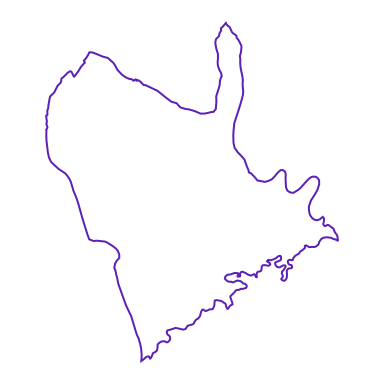 Kenethao, Xaignabouri, Laos (orthographic projection)
{"feature_id": "54806243B29120113935386", "entity_name": "Kenethao", "entity_type": "district", "adm_level": 2, "iso_a3": "LAO", "parent_name": "Laos", "parent_adm1": "Xaignabouri", "projection": "orthographic", "projection_center": [101.393, 17.858], "detail": "fine", "context": "isolated", "style": "outline", "palette": "violet", "viewbox_px": 384, "rotation_deg": 0, "n_neighbors": 0, "source": "geoboundaries", "source_scale": "gbopen_adm2", "svg_char_len": 5951}
<svg xmlns="http://www.w3.org/2000/svg" viewBox="0 0 384 384"><path d="M141.3,361.0L143.7,359.3L146.2,356.9L147.5,356.5L148.7,356.4L149.1,356.6L149.8,358.3L150.0,358.6L150.4,358.5L151.6,356.7L152.9,353.4L153.2,353.0L155.4,351.9L156.9,350.6L157.7,346.7L157.5,345.4L157.6,344.9L158.3,343.7L159.9,342.4L161.4,341.6L162.9,341.2L164.8,341.4L166.7,342.3L167.3,342.3L167.8,342.1L169.4,340.6L170.1,339.3L170.1,337.1L169.6,336.1L167.5,334.4L167.0,333.5L166.8,331.6L167.3,330.6L167.6,330.3L170.0,329.8L175.6,327.9L179.1,328.6L182.9,329.6L185.5,329.1L187.7,325.7L192.7,324.4L193.9,323.3L194.2,322.8L194.4,322.0L195.9,319.9L198.5,318.2L200.0,316.0L201.1,311.9L202.1,309.9L202.9,309.6L203.6,309.7L205.2,310.9L205.8,311.0L206.8,310.7L209.6,309.4L212.3,309.2L212.9,308.9L214.4,305.4L214.5,302.7L214.8,300.5L216.5,300.1L221.5,301.0L224.2,303.0L225.1,303.4L225.6,304.1L226.5,307.3L227.1,308.6L227.6,308.9L228.0,308.7L230.2,305.6L232.5,304.4L232.5,303.7L232.0,301.9L230.3,297.1L230.3,296.4L230.6,296.0L234.4,292.4L235.6,290.7L236.1,290.3L236.9,289.9L238.2,290.0L239.0,289.8L241.0,288.8L242.7,288.9L245.9,288.0L246.4,287.4L246.7,286.7L246.7,285.7L246.4,285.0L245.4,284.1L244.6,283.7L243.0,283.4L241.7,281.9L240.1,281.0L237.8,280.6L236.8,280.7L233.6,282.2L232.7,282.4L231.1,281.7L229.3,281.8L227.7,281.3L225.3,279.3L224.9,278.6L224.9,278.0L225.2,277.0L225.7,276.1L227.7,274.7L230.2,274.5L234.6,273.0L237.6,273.1L238.2,273.4L238.3,273.9L237.5,276.3L238.0,276.7L238.9,276.6L240.1,276.2L240.0,273.9L240.7,272.5L241.3,272.0L242.5,271.7L245.3,272.9L247.7,274.4L250.2,275.5L251.6,275.4L253.9,274.2L254.4,274.3L255.1,275.0L255.5,276.3L256.0,277.0L256.7,277.2L256.9,276.8L256.5,275.5L256.5,274.6L257.1,272.6L257.7,271.9L260.5,271.2L261.2,270.6L261.5,269.5L261.6,267.3L261.9,266.3L262.4,265.7L262.8,265.3L263.4,265.2L264.8,265.1L268.4,265.8L270.1,264.8L270.3,264.4L270.1,263.6L269.2,262.7L267.0,261.4L267.1,261.0L267.8,260.2L268.4,259.9L269.3,260.2L270.4,260.3L274.5,259.0L275.9,258.1L278.4,256.2L279.8,255.8L280.4,256.0L280.9,256.7L281.1,258.4L280.9,259.6L280.2,260.4L279.1,260.9L275.7,262.2L275.2,262.8L275.1,263.5L275.5,264.9L276.4,266.3L277.3,267.0L278.9,267.4L280.3,267.1L282.2,265.8L283.9,265.3L284.6,265.3L285.2,265.5L285.4,265.9L285.6,266.5L285.4,267.2L284.0,269.4L282.1,271.6L281.9,272.7L281.8,273.3L282.9,276.1L282.8,276.5L282.4,277.5L281.5,278.4L281.3,279.2L282.2,280.2L284.1,280.8L285.5,280.0L286.7,278.0L287.0,275.0L286.8,271.4L286.9,270.4L287.1,270.0L287.9,269.1L288.7,268.5L291.3,268.2L291.9,267.7L292.1,267.2L292.0,266.2L291.5,265.1L289.3,264.6L288.5,263.9L288.1,263.1L287.8,261.9L288.0,260.7L289.2,259.9L289.8,259.8L291.8,260.2L292.4,260.2L292.8,259.9L293.2,258.3L294.6,256.4L296.3,255.1L298.8,253.7L299.6,252.5L300.8,251.1L302.2,250.4L304.6,248.3L304.9,247.7L304.8,246.2L305.0,245.7L306.0,245.4L309.0,247.0L309.8,247.2L311.6,246.9L314.6,247.0L315.2,246.8L316.4,246.1L318.2,244.8L318.8,243.6L319.2,241.9L321.4,238.9L322.8,238.0L324.7,237.5L326.9,237.3L330.6,237.7L332.0,238.2L333.5,239.0L335.7,239.6L337.6,240.6L337.8,240.6L337.9,240.3L337.4,236.2L336.8,234.9L334.5,231.6L333.8,229.4L333.5,228.7L328.4,224.9L327.4,225.0L325.3,226.1L324.5,225.9L323.8,225.1L323.3,224.1L324.0,220.4L324.1,218.7L322.8,216.9L319.9,219.2L317.7,220.1L315.8,220.1L313.9,219.4L312.3,218.2L310.8,216.3L309.6,213.9L309.0,210.5L308.9,208.4L308.9,206.7L309.4,205.0L310.9,200.6L315.5,193.4L317.4,189.9L319.2,184.3L319.1,180.4L318.7,179.5L317.5,178.0L316.8,177.4L315.7,176.8L313.8,176.6L312.5,176.7L311.5,177.0L310.0,177.9L309.2,178.5L306.7,181.0L301.1,187.3L299.2,189.1L297.1,190.6L293.6,192.7L293.1,192.8L292.3,192.8L289.7,192.2L287.3,190.5L286.1,187.6L285.8,184.3L285.6,179.9L285.7,173.8L284.9,171.5L282.7,170.0L280.6,170.2L278.8,171.7L277.1,173.4L274.4,176.7L271.8,179.3L268.3,181.0L264.7,181.9L258.9,180.7L257.6,180.6L254.4,176.8L251.1,173.4L248.8,172.4L248.6,170.4L246.9,166.5L244.5,159.7L242.9,157.6L237.5,152.0L234.7,148.0L233.5,142.9L233.3,135.5L233.5,131.1L234.3,123.2L238.6,110.1L241.1,101.9L242.9,95.0L243.0,93.2L243.3,92.2L242.7,86.2L242.6,83.5L242.9,80.5L242.3,75.8L241.0,69.9L240.4,65.9L240.2,61.6L240.4,60.0L239.9,56.1L241.0,52.1L241.5,46.7L241.4,45.8L239.9,42.7L238.2,39.5L237.2,38.6L236.6,37.3L236.4,35.9L235.6,34.9L232.9,33.2L231.7,31.7L230.1,27.8L229.4,26.8L227.8,25.8L226.4,24.2L225.9,23.0L222.4,27.1L221.0,28.1L221.1,30.8L219.7,32.7L219.0,36.1L215.9,39.3L215.3,42.7L216.1,48.0L217.9,53.8L218.0,58.4L217.6,62.0L217.9,65.7L219.2,69.5L221.2,73.3L221.7,76.5L220.8,77.9L219.9,81.1L219.7,85.0L219.0,87.6L216.2,96.3L216.4,101.7L215.8,109.0L213.5,111.9L211.8,112.0L204.6,113.6L200.5,113.6L194.7,111.1L189.4,109.5L185.3,108.9L180.2,107.3L176.6,103.2L171.5,101.8L166.8,98.3L157.6,90.9L145.5,85.1L143.8,85.1L141.7,83.1L141.0,82.0L139.2,81.0L138.9,80.5L137.8,80.2L137.1,80.7L136.4,80.7L136.0,80.2L136.2,79.6L135.8,79.4L134.5,79.9L133.9,80.6L133.5,80.7L131.9,79.3L130.4,79.0L130.1,79.2L125.6,77.3L121.9,74.6L117.3,69.7L115.5,66.2L113.5,63.0L107.8,57.9L103.0,56.7L93.8,52.9L91.3,52.3L89.4,52.3L88.3,54.6L86.8,57.0L85.5,58.8L84.1,60.4L83.9,60.8L84.0,61.2L84.4,61.8L84.8,62.1L84.8,62.8L83.4,64.1L80.8,67.1L78.7,70.7L74.4,76.5L73.8,76.5L71.7,72.2L71.1,71.5L70.5,71.3L70.0,71.4L68.8,72.0L67.3,73.2L63.5,77.0L61.7,78.3L61.4,78.8L61.1,81.6L60.9,82.1L59.7,83.8L58.0,85.3L57.2,86.5L54.2,92.5L50.2,96.4L49.7,98.1L48.5,104.9L48.1,108.7L47.4,110.2L47.3,111.3L47.4,114.9L47.1,115.3L46.3,115.6L46.1,116.0L46.9,121.5L46.4,124.3L47.4,126.9L47.4,127.5L46.8,129.0L46.2,129.6L46.4,130.3L46.3,135.7L46.5,140.7L47.9,152.5L49.0,157.6L51.2,162.1L58.4,168.8L64.7,173.0L66.5,174.7L69.5,179.0L70.9,182.1L73.5,190.9L76.5,198.2L78.3,203.6L81.9,216.6L87.1,233.5L89.2,239.3L93.6,241.0L96.8,240.7L105.1,241.6L107.5,242.7L112.0,245.6L115.9,248.5L117.9,251.0L119.2,254.4L119.3,257.9L116.8,260.7L115.1,263.7L114.3,267.8L115.5,270.8L116.2,274.5L117.3,278.5L118.3,283.8L126.0,305.3L131.2,316.2L136.7,334.4L138.7,338.7L140.4,344.8L141.1,348.3L141.7,355.6L141.3,361.0Z" fill="none" stroke="#5b21b6" stroke-width="2"/></svg>